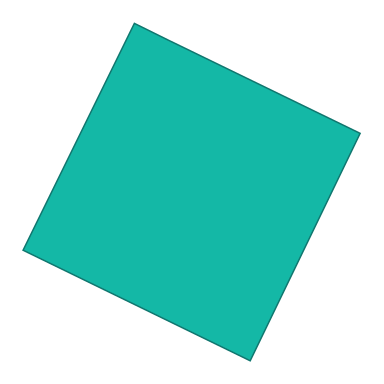 Midland, Texas, United States of America (Albers equal-area conic projection), rotated 26°
{"feature_id": "52423323B34026516853793", "entity_name": "Midland", "entity_type": "district", "adm_level": 2, "iso_a3": "USA", "parent_name": "United States of America", "parent_adm1": "Texas", "projection": "albers", "projection_center": [-102.104, 31.869], "detail": "fine", "context": "isolated", "style": "filled", "palette": "teal", "viewbox_px": 384, "rotation_deg": 26, "n_neighbors": 0, "source": "geoboundaries", "source_scale": "gbopen_adm2", "svg_char_len": 235}
<svg xmlns="http://www.w3.org/2000/svg" viewBox="0 0 384 384"><g transform="rotate(26 192 192)"><path d="M66.3,65.7L65.7,318.4L318.3,318.2L317.4,65.6L103.6,65.9L66.3,65.7Z" fill="#14b8a6" stroke="#0f766e" stroke-width="1.5"/></g></svg>